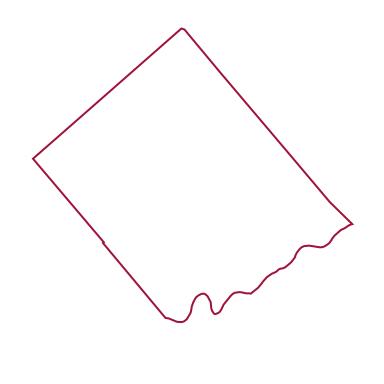 Belmont, Ohio, United States of America (Equal Earth projection), rotated 47°
{"feature_id": "52423323B48788624024896", "entity_name": "Belmont", "entity_type": "district", "adm_level": 2, "iso_a3": "USA", "parent_name": "United States of America", "parent_adm1": "Ohio", "projection": "equal_earth", "projection_center": [-80.794, 40.011], "detail": "fine", "context": "isolated", "style": "outline", "palette": "rose", "viewbox_px": 384, "rotation_deg": 47, "n_neighbors": 0, "source": "geoboundaries", "source_scale": "gbopen_adm2", "svg_char_len": 1148}
<svg xmlns="http://www.w3.org/2000/svg" viewBox="0 0 384 384"><g transform="rotate(47 192 192)"><path d="M65.2,88.3L60.9,231.1L59.2,285.6L168.7,290.8L168.6,291.9L266.1,297.3L268.5,295.3L276.7,291.5L280.1,288.3L281.2,286.0L281.5,282.7L279.6,275.9L278.6,274.1L275.5,270.1L273.6,266.4L272.2,262.5L271.8,260.6L272.0,257.9L272.9,254.8L273.7,253.4L275.0,252.3L276.4,251.9L278.8,251.7L285.2,253.4L290.2,257.2L292.4,258.3L295.2,258.8L296.2,258.8L296.9,258.4L297.4,257.8L298.3,255.5L298.6,253.8L298.1,251.2L295.9,245.6L294.3,234.2L294.3,231.8L294.8,229.6L297.3,225.9L298.9,224.4L303.3,221.3L304.9,219.5L306.4,218.4L307.1,209.0L306.4,203.3L305.9,201.3L305.4,195.6L305.5,194.1L306.2,189.4L307.5,185.7L307.8,184.3L307.8,181.3L308.3,179.8L309.8,177.6L310.7,174.8L310.7,173.8L311.0,168.8L311.0,167.2L309.9,160.9L309.3,160.4L307.9,156.9L307.2,152.7L307.1,149.9L308.0,147.0L311.1,142.9L319.8,136.1L321.2,134.3L321.8,133.1L322.5,130.5L323.0,127.0L322.8,125.4L322.3,122.8L321.9,122.2L321.1,117.6L321.3,109.1L322.7,104.7L323.3,100.4L324.0,98.3L324.8,96.7L293.4,98.1L235.5,95.2L122.8,89.8L68.0,86.7L65.2,88.3Z" fill="none" stroke="#9f1239" stroke-width="2"/></g></svg>